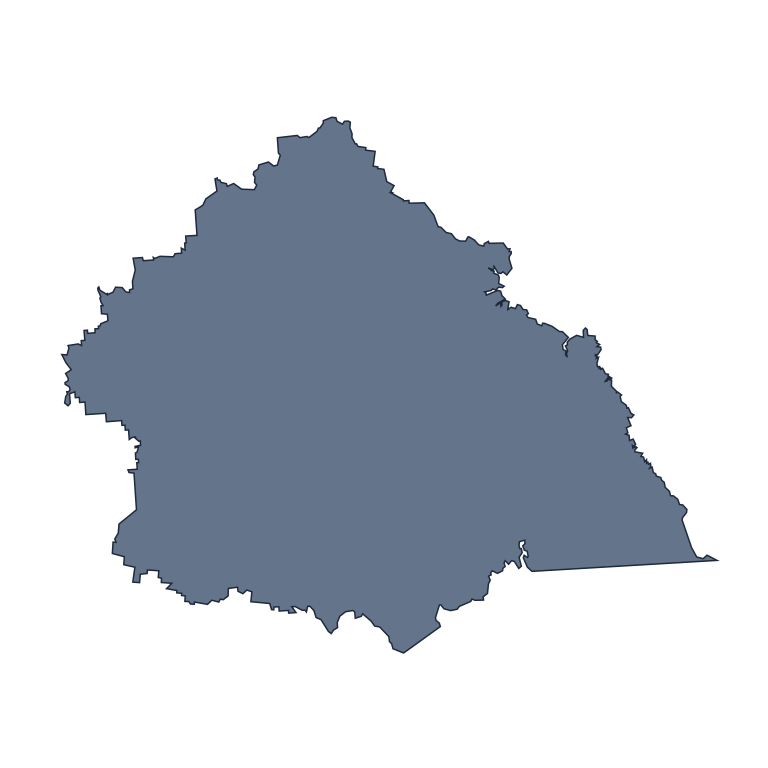 outline of Murrindindi, Victoria, Australia, rotated 356°
{"feature_id": "25037944B67422185849488", "entity_name": "Murrindindi", "entity_type": "district", "adm_level": 2, "iso_a3": "AUS", "parent_name": "Australia", "parent_adm1": "Victoria", "projection": "mercator", "projection_center": [145.689, -37.281], "detail": "fine", "context": "isolated", "style": "filled", "palette": "slate", "viewbox_px": 768, "rotation_deg": 356, "n_neighbors": 0, "source": "geoboundaries", "source_scale": "gbopen_adm2", "svg_char_len": 6135}
<svg xmlns="http://www.w3.org/2000/svg" viewBox="0 0 768 768"><g transform="rotate(356 384 384)"><path d="M368.7,120.6L366.8,119.2L362.8,119.2L360.8,121.9L355.4,118.6L354.6,115.0L350.4,114.3L341.8,117.1L341.6,119.6L338.0,124.1L336.5,124.1L334.8,127.3L326.3,132.9L324.4,131.7L317.4,132.4L314.8,130.0L294.8,130.9L294.8,146.4L296.5,148.5L292.9,158.1L289.2,158.9L284.2,154.5L274.5,156.7L273.3,160.7L269.0,163.2L268.2,166.0L269.8,168.6L268.9,173.7L270.9,176.8L268.2,181.1L255.5,179.7L248.0,173.5L241.4,175.9L240.8,173.2L235.2,171.4L234.6,169.2L232.1,168.8L232.0,166.9L229.7,167.6L230.8,179.9L219.3,186.8L215.7,193.1L207.8,197.2L207.8,222.7L196.5,222.6L196.5,229.5L195.0,229.5L194.9,236.6L191.3,234.3L191.2,239.4L184.7,239.4L182.8,242.4L169.5,241.0L164.1,242.7L162.7,241.6L162.9,244.2L152.5,244.2L151.8,241.0L142.5,241.0L143.8,253.0L140.2,264.1L140.2,271.5L136.7,272.3L136.6,275.0L132.9,274.1L129.6,269.6L123.0,268.7L120.0,273.6L114.9,275.3L114.3,273.8L114.3,275.7L107.1,270.6L106.3,267.3L105.1,268.4L105.3,270.7L107.6,277.2L106.6,278.4L107.4,282.7L109.2,286.2L107.1,286.2L107.1,294.2L112.9,295.1L113.0,301.7L105.7,304.1L104.6,306.4L103.1,306.4L103.1,308.8L99.5,308.8L99.4,312.7L92.0,312.8L91.9,309.6L88.5,309.7L88.6,319.6L85.0,319.6L85.0,324.5L81.7,322.7L71.5,323.6L72.2,326.2L69.8,332.9L64.6,332.1L68.2,340.6L73.0,347.9L67.1,351.3L69.5,356.7L68.9,358.8L65.9,360.3L65.9,362.0L69.9,364.9L70.4,367.8L68.8,369.8L67.0,369.6L67.5,372.1L65.7,374.1L64.1,380.7L67.3,383.7L69.7,381.4L69.6,371.8L75.1,370.3L75.1,376.1L79.1,376.1L79.1,381.2L84.5,381.2L84.4,393.7L104.3,393.8L104.4,402.3L119.7,402.2L119.7,407.0L122.7,407.0L122.7,412.0L126.0,412.0L126.0,421.6L128.6,419.9L131.4,419.4L133.1,419.7L131.2,419.7L135.4,424.0L136.9,423.8L136.9,428.1L131.3,428.9L131.3,430.3L134.8,429.6L132.8,434.9L131.2,435.5L131.1,441.9L133.7,442.0L133.7,445.3L131.9,445.3L131.9,451.8L122.6,451.8L123.4,454.5L128.4,455.5L128.3,492.2L109.9,505.2L108.5,514.2L104.6,519.9L105.6,523.2L102.7,522.8L101.2,534.1L112.9,538.2L111.8,546.1L122.7,549.4L119.6,564.1L126.3,565.1L127.6,556.8L134.5,556.5L135.0,553.0L146.3,554.6L145.3,561.2L148.5,562.3L148.0,566.5L158.4,568.0L152.8,573.0L163.0,575.6L162.7,577.9L167.6,578.7L167.3,580.9L170.9,581.5L170.2,587.0L174.1,587.4L175.6,590.0L179.4,590.5L179.7,588.3L192.6,591.5L197.2,587.7L204.0,590.0L205.8,587.1L208.5,588.0L213.7,584.6L214.5,577.1L223.7,576.5L223.9,580.6L228.6,583.3L232.8,580.0L237.7,582.1L236.0,591.9L254.7,595.0L256.1,601.2L258.3,601.6L258.7,598.8L263.6,598.9L263.6,603.2L272.9,603.2L272.9,605.9L280.3,605.9L276.5,599.8L279.9,599.8L286.6,604.0L289.4,604.1L290.7,606.0L292.4,600.4L294.6,600.6L298.3,605.1L300.0,612.3L304.7,614.6L311.3,627.0L314.0,629.3L316.5,625.9L320.7,623.8L320.7,618.8L323.7,612.6L329.7,608.5L337.3,607.8L338.9,609.4L339.0,615.7L345.1,614.2L346.7,611.8L354.5,619.5L357.8,624.8L362.8,626.1L371.2,636.3L371.5,641.4L373.5,643.6L374.5,648.7L384.8,653.7L423.3,629.9L422.5,626.4L419.4,623.4L419.1,620.5L423.9,608.3L425.3,608.3L428.1,612.4L434.6,614.7L441.3,613.8L443.6,611.1L455.3,607.0L456.8,604.6L459.6,606.1L468.2,606.5L468.1,603.1L472.6,600.2L474.3,590.5L476.3,587.2L474.9,583.0L477.6,581.9L477.2,580.0L478.9,577.9L484.0,580.8L489.3,578.6L489.7,576.2L492.1,574.5L491.3,570.8L492.5,568.7L495.7,572.5L498.9,569.2L501.6,570.0L505.6,577.4L508.3,575.4L506.7,566.3L510.1,561.9L509.5,557.8L508.1,557.7L507.4,554.6L508.1,550.8L513.5,549.6L513.5,553.1L511.1,555.1L512.4,559.6L515.1,560.7L515.8,566.0L515.0,567.0L511.9,564.6L510.8,567.0L514.3,576.8L518.6,581.2L703.9,583.2L694.3,577.3L690.2,580.5L683.9,578.4L679.4,568.7L671.9,540.5L672.5,538.1L676.8,533.4L677.4,530.3L673.6,525.5L670.4,524.8L669.0,519.5L664.8,515.7L662.1,515.5L661.2,510.9L657.3,506.7L656.7,501.7L654.2,499.2L653.6,496.6L649.2,494.9L648.8,492.5L646.5,491.2L645.7,485.6L643.1,486.5L644.4,484.7L644.3,481.7L642.3,482.5L641.8,480.4L640.5,481.3L640.6,477.9L638.7,479.7L637.8,475.0L635.1,474.2L637.2,471.1L629.8,469.2L629.4,467.5L631.9,465.1L630.7,464.0L627.8,465.3L627.5,462.6L629.2,463.5L630.8,461.7L628.7,456.3L625.0,457.5L624.9,452.3L621.5,450.8L623.9,449.7L622.7,444.6L627.5,442.8L624.7,434.4L628.5,434.9L631.1,432.3L628.5,430.7L626.1,424.7L624.6,425.1L624.3,422.2L619.5,418.1L618.7,412.9L620.2,411.5L616.2,408.1L615.0,409.5L615.5,407.6L610.7,402.1L611.3,396.2L610.1,395.6L611.6,394.0L610.4,393.2L609.5,394.9L609.3,393.7L606.6,396.6L604.9,396.8L609.0,392.1L607.9,391.6L608.5,390.0L605.6,389.2L603.2,383.6L601.3,384.5L601.1,382.8L599.8,383.5L600.1,381.6L598.2,381.7L597.8,378.3L599.9,372.3L597.6,373.1L598.5,371.4L596.7,370.7L596.9,369.4L599.1,369.8L602.9,364.9L602.7,362.3L599.0,361.6L601.9,359.6L598.8,357.7L599.8,356.4L597.8,354.6L597.9,350.9L590.7,349.8L590.4,343.8L588.9,342.2L586.5,344.4L586.3,351.4L579.6,348.9L572.5,352.2L569.7,355.1L569.7,357.7L567.6,358.6L569.5,363.4L568.1,366.8L568.8,370.0L567.1,367.3L567.7,363.5L565.1,362.1L564.7,357.3L571.2,350.4L565.6,344.2L562.7,343.9L555.7,338.2L548.4,334.7L546.5,334.4L545.5,336.9L541.1,334.9L539.8,330.0L532.4,327.8L530.9,325.3L532.9,323.9L531.5,320.0L527.9,319.4L525.6,315.2L522.6,314.1L520.4,318.0L516.2,316.3L512.7,318.3L514.5,310.7L511.0,309.2L507.2,310.3L507.2,313.5L506.1,314.7L506.0,311.1L500.8,313.9L503.2,311.3L510.9,307.7L507.9,304.2L506.8,299.5L504.1,298.6L492.2,302.5L492.2,300.3L490.8,299.1L497.6,298.2L498.8,296.7L502.2,298.0L505.1,295.4L508.9,296.1L510.7,294.8L505.4,291.7L506.4,285.7L505.6,283.2L501.2,281.1L501.7,279.1L499.5,278.6L496.0,275.4L501.0,277.6L502.3,275.8L501.5,273.4L505.5,281.2L508.4,281.9L510.5,280.4L514.1,283.8L519.7,277.5L517.6,268.3L517.8,265.6L520.1,262.7L520.0,260.7L518.0,260.6L519.1,257.9L516.6,257.9L512.8,251.7L498.7,251.0L498.1,249.0L493.8,251.0L493.1,253.4L488.2,251.8L484.1,246.6L479.2,243.2L478.0,243.1L475.4,247.2L469.4,246.6L465.4,244.2L461.8,238.8L456.6,237.2L451.7,231.6L448.9,230.7L445.5,219.0L437.0,206.1L421.7,205.4L421.7,202.7L416.1,202.7L416.1,201.5L404.0,193.7L405.5,193.6L404.1,192.7L407.9,186.8L400.9,182.3L398.9,169.8L392.7,168.6L393.0,167.0L388.4,165.9L391.4,151.3L381.9,149.4L382.4,146.9L374.6,145.2L373.4,142.5L372.1,142.5L369.2,136.0L369.6,132.1L367.8,126.0L368.7,120.6Z" fill="#64748b" stroke="#1e293b" stroke-width="1.5"/></g></svg>